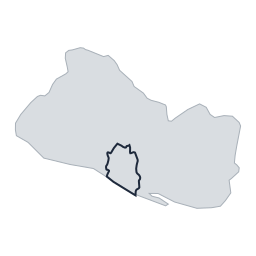 where La Paz sits in El Salvador
{"feature_id": "SLV-1347", "entity_name": "La Paz", "entity_type": "Department", "adm_level": 1, "iso_a3": "SLV", "parent_name": "El Salvador", "parent_adm1": "", "projection": "equal_earth", "projection_center": [-88.936, 13.47], "detail": "fine", "context": "in_parent", "style": "outline", "palette": "slate", "viewbox_px": 256, "rotation_deg": 0, "n_neighbors": 0, "source": "natural_earth", "source_scale": "10m", "svg_char_len": 2439}
<svg xmlns="http://www.w3.org/2000/svg" viewBox="0 0 256 256"><path d="M85.5,49.6L87.8,50.2L103.6,56.6L108.2,55.4L114.2,60.6L117.1,64.7L119.6,70.3L132.0,81.5L134.1,86.5L143.4,93.1L147.1,98.2L151.1,100.3L158.8,102.3L165.5,105.0L166.3,106.8L166.9,114.4L168.3,120.8L171.5,121.2L175.3,118.1L187.8,109.5L199.6,103.9L206.2,107.3L210.1,114.4L214.6,117.5L224.0,115.6L232.4,116.2L239.1,122.4L240.6,126.0L236.6,146.7L235.1,155.5L234.4,163.0L236.8,164.9L239.2,167.8L238.7,171.8L231.4,178.5L229.1,180.2L230.8,192.9L225.4,200.6L220.4,206.2L211.7,207.7L196.9,208.3L174.6,202.0L158.1,193.5L149.2,193.4L152.0,196.2L159.1,198.0L168.3,204.1L165.6,205.8L132.1,193.2L93.4,168.5L70.2,164.5L43.8,158.1L28.1,142.4L16.4,135.7L15.4,129.8L15.5,123.2L20.8,114.4L30.8,102.6L37.4,96.5L40.5,95.3L44.8,95.9L49.0,92.5L52.6,84.4L56.4,79.1L65.9,73.8L68.1,71.7L67.3,67.2L65.3,58.3L65.6,52.9L68.7,50.4L72.4,49.9L80.2,47.7L83.5,48.1L85.5,49.6Z" fill="#d9dde1" stroke="#a8b0b8" stroke-width="1"/><path d="M135.5,195.4L113.5,181.9L106.8,176.5L107.1,175.3L107.3,174.6L108.1,172.9L108.2,172.6L108.3,172.4L108.8,171.6L109.0,171.1L109.0,170.7L108.6,170.3L107.7,169.8L107.2,169.7L106.8,169.6L106.6,169.6L106.3,169.1L106.0,167.0L106.2,166.0L106.4,165.7L107.1,164.7L107.6,163.4L108.4,160.3L108.6,158.9L108.7,158.0L108.5,157.4L107.8,155.7L107.5,154.7L107.3,153.6L107.4,153.0L107.5,152.6L107.7,152.4L108.0,152.4L108.3,152.4L108.5,152.4L110.1,153.1L110.3,153.1L110.6,153.2L111.1,152.7L113.9,148.0L117.4,143.7L121.5,145.7L123.1,146.9L124.9,147.6L125.2,147.6L125.7,147.5L125.8,147.5L126.1,147.3L126.2,147.1L126.4,146.5L126.6,146.2L126.8,146.1L127.0,146.0L128.2,145.8L128.7,145.6L129.4,145.1L130.1,147.5L130.1,149.6L130.0,151.8L130.1,152.6L130.3,153.2L130.6,153.2L130.9,153.2L131.2,153.1L133.4,152.2L133.8,152.2L134.2,152.3L135.0,152.6L135.2,153.1L137.6,159.6L137.6,159.9L137.7,160.3L137.7,161.1L137.5,161.8L136.8,164.4L136.8,164.7L136.7,165.0L136.6,165.4L136.6,165.6L136.2,168.4L136.2,169.0L136.4,171.2L136.5,172.0L136.6,172.5L137.2,173.4L137.8,174.0L138.6,174.6L139.3,175.4L139.9,176.5L140.1,177.1L140.2,177.7L140.2,178.1L140.0,178.8L140.0,179.1L139.8,179.4L139.3,180.0L139.1,180.2L139.0,180.4L138.9,180.8L138.9,181.2L138.9,181.6L139.3,186.7L139.3,187.5L139.1,187.7L139.0,188.0L138.8,188.2L138.6,188.4L137.7,189.0L137.0,189.3L136.6,189.6L136.3,190.0L136.1,190.3L136.0,190.5L135.9,190.8L135.8,191.2L135.7,191.5L135.5,195.3L135.5,195.4Z" fill="none" stroke="#1e293b" stroke-width="2"/></svg>